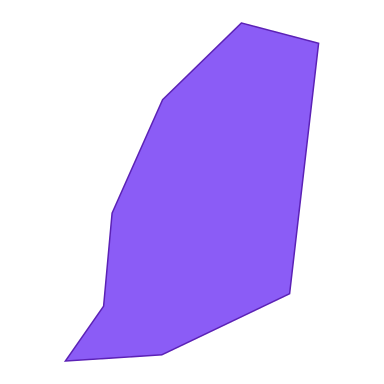 outline of Grenada
{"feature_id": "GRD", "entity_name": "Grenada", "entity_type": "country or territory", "adm_level": 0, "iso_a3": "GRD", "parent_name": "North America", "parent_adm1": "", "projection": "orthographic", "projection_center": [-61.703, 12.123], "detail": "fine", "context": "isolated", "style": "filled", "palette": "violet", "viewbox_px": 384, "rotation_deg": 0, "n_neighbors": 0, "source": "natural_earth", "source_scale": "50m", "svg_char_len": 236}
<svg xmlns="http://www.w3.org/2000/svg" viewBox="0 0 384 384"><path d="M161.8,354.8L65.4,361.0L103.6,306.2L112.1,213.1L162.6,99.7L241.4,23.0L318.6,43.3L289.6,293.7L161.8,354.8Z" fill="#8b5cf6" stroke="#5b21b6" stroke-width="1.5"/></svg>